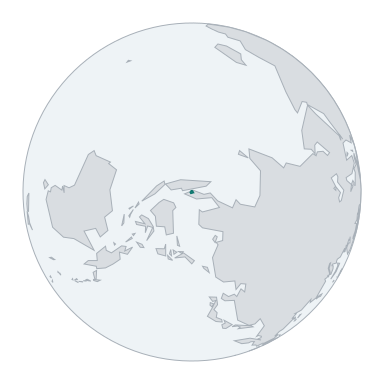 Negeri Sembilan on an orthographic globe, rotated 130°
{"feature_id": "MYS-1146", "entity_name": "Negeri Sembilan", "entity_type": "State", "adm_level": 1, "iso_a3": "MYS", "parent_name": "Malaysia", "parent_adm1": "", "projection": "orthographic", "projection_center": [102.11, 2.837], "detail": "fine", "context": "on_globe", "style": "filled", "palette": "teal", "viewbox_px": 384, "rotation_deg": 130, "n_neighbors": 0, "source": "natural_earth", "source_scale": "10m", "svg_char_len": 8220}
<svg xmlns="http://www.w3.org/2000/svg" viewBox="0 0 384 384"><g transform="rotate(130 192 192)"><circle cx="192" cy="192" r="169" fill="#eef3f6" stroke="#a8b0b8"/><path d="M350.7,240.4L350.4,241.6L350.4,241.8L350.7,240.4ZM289.5,54.0L290.2,54.5L289.0,53.6L289.5,54.0ZM276.0,45.4L275.1,44.9L271.1,42.7L267.5,40.9L276.0,45.4ZM263.8,39.0L264.8,39.6L261.6,38.2L260.0,37.3L254.3,35.1L247.7,32.5L263.8,39.0ZM275.7,45.3L277.1,46.1L275.9,45.5L275.7,45.3ZM268.7,41.8L266.5,40.9L267.9,41.3L268.7,41.8ZM264.6,40.0L259.2,38.3L261.9,39.8L251.3,35.1L259.4,37.8L260.7,38.0L262.0,38.8L264.6,40.0ZM246.3,33.1L244.3,32.5L245.5,32.6L246.3,33.1ZM57.6,89.7L56.9,90.6L51.6,97.9L47.2,107.8L52.0,101.6L53.2,107.5L57.4,107.8L68.2,94.0L61.4,93.0L65.5,86.3L75.1,81.3L81.9,83.2L83.7,80.7L83.8,74.6L89.8,70.6L84.4,72.3L83.3,74.9L79.8,76.2L80.6,74.0L82.7,72.5L82.0,71.3L72.1,79.5L70.0,83.0L65.2,84.1L61.1,90.3L58.2,93.0L64.1,83.8L66.9,80.5L74.1,71.3L70.7,74.6L63.7,83.9L63.9,83.1L59.2,88.6L62.9,83.8L70.8,74.3L81.5,64.1L93.2,55.0L100.4,50.0L101.8,49.2L96.3,52.8L92.7,55.4L94.6,55.4L96.8,54.2L102.2,50.6L102.1,51.4L107.1,47.9L111.3,47.0L110.4,45.5L116.8,42.0L122.8,39.7L124.7,38.5L115.0,42.4L111.3,44.3L108.3,46.2L98.0,52.2L96.0,53.2L106.2,46.5L105.1,47.1L116.0,41.1L134.2,34.0L139.6,33.0L135.3,37.7L130.4,39.3L129.5,38.3L124.5,42.1L127.7,40.4L127.5,41.3L133.6,38.9L133.8,39.5L139.3,36.5L140.2,37.0L136.7,38.9L146.4,36.6L150.0,37.5L152.1,36.8L153.4,35.7L157.1,38.0L158.5,37.4L157.8,36.4L160.2,34.6L165.8,32.7L166.7,33.5L164.9,34.4L162.4,37.8L157.2,40.3L158.2,40.6L162.9,38.6L165.9,34.3L169.0,33.0L168.3,34.7L168.8,34.0L170.6,33.6L173.4,34.2L174.5,32.3L193.4,28.9L200.6,30.4L197.8,31.9L212.1,32.3L219.1,35.0L218.4,33.9L224.8,34.1L222.7,33.1L222.9,32.7L238.4,34.1L242.8,35.5L248.7,35.9L248.4,35.5L245.5,34.4L251.3,35.1L261.9,39.8L262.1,40.5L268.6,43.4L268.1,44.7L270.7,47.6L266.5,48.1L268.9,50.7L271.2,51.7L276.2,56.4L278.7,63.9L266.7,53.6L261.0,44.0L262.5,47.2L259.2,45.5L257.9,46.1L259.2,48.8L261.1,49.7L248.0,50.6L245.2,58.3L252.6,59.0L257.5,62.6L260.8,74.6L247.8,89.9L254.2,96.9L254.7,101.1L249.5,103.0L248.6,96.8L243.1,93.9L243.3,90.5L234.7,92.2L234.7,87.4L227.9,91.6L230.8,95.7L238.4,95.6L232.6,102.0L240.7,110.0L241.9,119.1L229.1,134.1L215.7,138.1L215.0,141.1L209.5,137.3L202.5,142.8L212.7,160.9L212.4,166.0L200.9,175.0L200.6,171.2L186.2,161.0L183.6,173.2L194.5,184.1L198.2,196.5L189.9,192.2L186.1,181.3L181.0,177.4L182.3,166.7L178.1,150.8L169.6,153.3L170.3,147.1L163.1,134.3L151.0,137.7L131.7,153.2L129.1,169.3L122.4,176.1L114.3,152.6L114.6,137.3L109.2,138.5L102.9,125.7L84.9,124.1L84.5,120.2L80.7,121.8L76.6,117.8L76.9,111.7L73.4,111.9L73.2,128.2L77.2,128.1L83.6,122.2L82.6,128.1L86.8,133.7L74.3,147.5L51.2,159.3L52.7,147.4L54.3,115.5L56.3,112.1L56.4,111.7L56.7,111.0L53.0,116.4L54.6,110.5L49.7,132.0L47.3,141.5L50.9,160.0L49.6,161.8L51.9,165.8L63.6,162.0L62.8,166.0L55.0,184.4L42.1,209.6L45.9,227.4L48.6,242.6L45.3,252.2L50.4,264.0L49.4,267.9L52.5,274.6L54.4,281.5L55.8,287.9L53.0,287.5L49.0,281.3L41.8,269.3L34.8,254.0L28.0,232.8L26.8,227.4L25.0,217.3L24.4,213.5L23.3,201.6L23.1,189.6L23.6,177.7L25.1,165.8L27.3,154.1L30.4,142.6L34.3,131.3L39.0,120.3L44.5,109.6L50.7,99.4L57.6,89.7ZM85.2,93.1L91.7,94.4L95.3,85.7L98.1,85.7L98.3,82.9L95.5,85.1L97.0,77.9L102.1,76.0L104.7,72.6L102.6,72.1L93.0,76.9L90.8,86.9L86.5,90.1L85.2,93.1ZM59.1,87.9L59.0,88.2L59.5,88.0L56.6,91.7L59.1,87.9ZM97.0,52.4L97.8,51.9L96.6,52.8L94.6,54.1L97.0,52.4ZM153.6,27.9L155.1,27.4L156.1,27.2L161.7,25.9L162.9,25.9L160.1,26.6L153.6,27.9ZM65.2,96.2L62.0,98.7L62.2,97.3L63.3,96.7L65.2,96.2ZM57.6,94.9L57.7,96.9L56.8,95.9L57.6,94.9ZM155.9,27.6L158.0,27.0L157.3,27.4L155.9,27.6ZM164.1,25.9L163.9,26.2L163.7,25.8L164.1,25.9ZM130.9,323.3L134.4,325.3L132.0,325.4L130.9,323.3ZM64.2,241.3L66.5,267.5L62.0,267.3L58.0,259.4L54.9,243.4L59.0,239.2L60.2,232.1L64.2,241.3ZM240.3,227.9L245.3,229.0L245.0,229.8L240.3,227.9ZM235.2,224.8L240.9,225.4L234.1,226.5L235.2,224.8ZM243.1,225.7L248.9,224.6L251.4,223.5L250.9,225.1L243.1,225.7ZM231.3,224.6L210.0,223.0L201.5,220.4L203.6,217.6L217.2,219.2L231.3,224.6ZM202.9,217.5L189.9,208.6L172.0,184.2L178.4,184.9L197.1,200.1L195.9,202.5L203.8,209.3L202.9,217.5ZM234.1,204.5L232.9,211.9L221.2,210.5L215.8,208.9L212.1,199.1L214.2,194.4L218.6,194.8L235.5,179.7L241.4,184.1L236.2,190.5L241.1,197.3L234.1,204.5ZM129.7,170.8L133.3,180.7L129.7,182.2L129.7,170.8ZM242.2,168.9L235.4,175.4L241.5,166.6L242.2,168.9ZM245.7,160.5L246.2,164.0L243.4,160.4L245.7,160.5ZM214.9,145.8L210.3,146.3L210.1,143.9L215.9,141.8L214.9,145.8ZM242.7,127.0L242.9,133.9L242.1,136.2L239.8,131.8L242.7,127.0ZM169.6,29.7L160.5,31.2L154.8,32.9L152.8,34.7L151.7,33.1L160.5,30.4L169.6,29.7ZM190.4,28.7L192.0,27.7L193.9,28.1L193.8,28.4L190.4,28.7ZM189.5,28.1L186.6,27.0L189.2,26.5L191.0,27.4L189.5,28.1ZM170.9,26.3L168.1,26.6L168.8,26.3L170.9,26.3ZM311.9,304.8L311.9,306.3L307.2,310.9L301.4,315.3L297.6,316.3L311.9,304.8ZM277.0,312.6L278.8,306.7L284.2,306.8L280.3,311.8L277.0,312.6ZM315.8,301.4L320.1,296.4L323.7,289.7L320.8,296.0L321.9,296.7L312.7,306.0L315.8,301.4ZM262.3,286.4L229.9,295.5L223.2,293.6L225.8,288.8L221.5,273.7L223.8,274.1L223.5,264.1L243.1,256.3L257.5,240.9L267.4,242.8L275.5,231.7L285.4,233.4L281.8,242.4L291.3,249.6L299.6,229.5L303.6,252.5L309.2,261.4L308.6,276.1L291.5,299.0L283.5,302.9L282.8,300.5L279.2,302.6L274.9,301.1L274.2,292.9L270.6,295.0L274.8,289.4L269.3,294.2L267.8,288.9L262.3,286.4ZM332.0,253.7L332.9,254.6L333.8,258.9L332.3,257.8L332.0,253.7ZM348.2,244.4L348.1,246.4L347.3,246.6L348.2,244.4ZM350.4,241.8L349.4,242.2L350.7,240.4L350.4,241.8ZM339.4,241.6L339.7,243.1L339.2,243.5L339.4,241.6ZM339.1,241.0L340.0,238.9L339.6,241.2L339.1,241.0ZM335.1,227.8L335.9,226.8L336.1,227.8L335.1,227.8ZM252.5,229.7L259.5,224.3L263.2,224.1L252.5,229.7ZM334.3,225.2L332.5,224.7L332.8,223.5L334.3,225.2ZM334.6,222.5L334.5,220.7L335.3,224.9L334.6,222.5ZM331.3,218.1L333.4,221.5L331.1,218.4L331.3,218.1ZM330.0,218.3L328.4,216.7L328.5,216.2L330.0,218.3ZM310.4,217.6L316.5,228.4L311.2,227.4L305.4,220.5L300.3,225.6L289.1,223.4L291.8,220.2L290.4,214.6L278.5,211.3L276.1,207.5L280.4,205.6L272.4,202.1L281.2,201.4L284.7,208.9L289.7,203.8L298.0,206.2L305.8,209.5L311.9,215.7L310.4,217.6ZM281.0,217.1L282.5,217.3L281.1,219.3L281.0,217.1ZM325.3,212.2L327.6,216.1L327.3,216.9L326.2,216.2L325.3,212.2ZM313.4,214.7L320.0,209.7L321.5,210.0L317.1,216.1L313.4,214.7ZM318.5,205.6L321.5,206.9L323.0,210.5L322.3,211.3L318.5,205.6ZM263.0,208.8L262.6,210.7L260.3,209.0L263.0,208.8ZM266.0,207.9L273.0,210.7L265.4,209.5L266.0,207.9ZM244.4,199.3L246.5,204.1L253.2,201.6L248.1,205.5L252.5,213.6L250.9,216.4L246.6,207.6L244.9,216.2L241.9,215.8L240.4,208.3L243.4,199.5L246.4,196.1L258.4,195.5L244.4,199.3ZM266.0,202.2L264.2,196.6L265.5,193.1L267.6,196.1L266.0,202.2ZM258.5,183.2L253.3,176.7L248.8,178.7L257.9,171.0L261.3,178.4L258.5,183.2ZM253.9,169.5L249.7,171.3L254.0,166.7L253.9,169.5ZM248.5,169.2L247.9,164.9L251.3,165.8L248.5,169.2ZM256.2,169.9L256.8,162.9L258.6,167.2L256.2,169.9ZM246.2,155.6L253.7,162.9L244.1,159.3L243.1,146.0L247.2,146.0L246.2,155.6ZM265.0,106.9L263.7,103.4L267.2,103.1L267.1,105.5L265.0,106.9ZM277.3,100.3L267.7,102.0L259.7,104.0L262.5,105.8L261.3,111.3L256.8,105.6L261.9,100.0L268.0,99.6L268.3,95.2L272.5,92.8L270.6,87.3L272.2,85.3L275.8,90.4L277.3,100.3ZM269.6,85.0L267.8,76.0L274.7,78.3L276.6,80.8L274.5,83.8L271.0,82.3L269.6,85.0ZM269.4,74.7L266.0,73.4L256.3,60.5L256.0,58.5L267.0,68.7L264.4,68.2L265.5,71.1L269.4,74.7ZM245.2,33.0L244.4,32.5L246.2,33.2L245.2,33.0ZM221.6,32.2L222.2,31.7L224.3,32.2L221.6,32.2ZM224.9,30.7L222.0,30.4L224.6,30.4L224.9,30.7ZM215.8,30.0L220.7,30.1L216.6,30.5L215.8,30.0Z" fill="#d9dde1" stroke="#a8b0b8" stroke-width="1"/><path d="M191.6,193.3L191.5,193.2L191.4,193.3L191.3,193.2L191.2,193.1L191.1,192.9L191.0,192.7L190.9,192.7L190.9,192.4L191.0,192.3L191.0,192.2L191.0,191.9L191.3,191.9L191.4,191.7L191.5,191.6L191.5,191.4L191.5,191.2L191.5,190.9L191.4,190.8L191.4,190.7L191.5,190.7L191.6,190.8L191.8,190.9L191.9,191.0L192.0,191.0L192.0,190.9L192.1,191.0L192.6,191.1L192.8,191.2L193.0,191.3L193.6,191.8L193.8,192.0L193.7,192.1L193.6,192.5L193.5,192.8L193.5,193.0L193.4,193.1L193.0,193.1L192.8,193.0L192.7,193.0L192.3,193.1L192.2,193.0L191.9,193.1L191.7,193.3L191.6,193.3Z" fill="#14b8a6" stroke="#0f766e" stroke-width="1.5"/></g></svg>